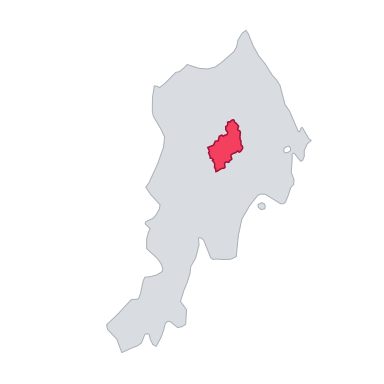 location of Hrazdan, Kotayk, Armenia, rotated 68°
{"feature_id": "60910142B58018566981737", "entity_name": "Hrazdan", "entity_type": "district", "adm_level": 2, "iso_a3": "ARM", "parent_name": "Armenia", "parent_adm1": "Kotayk", "projection": "orthographic", "projection_center": [44.645, 40.538], "detail": "fine", "context": "in_parent", "style": "filled", "palette": "rose", "viewbox_px": 384, "rotation_deg": 68, "n_neighbors": 0, "source": "geoboundaries", "source_scale": "gbopen_adm2", "svg_char_len": 3244}
<svg xmlns="http://www.w3.org/2000/svg" viewBox="0 0 384 384"><g transform="rotate(68 192 192)"><path d="M170.2,233.1L167.4,228.5L153.0,213.3L139.8,201.6L130.7,196.8L121.5,197.3L107.3,199.5L102.1,198.5L89.7,193.3L79.5,187.2L80.9,184.7L83.1,182.9L80.6,175.0L75.0,162.3L75.7,158.4L73.9,152.9L72.0,148.7L80.1,139.0L83.9,131.1L84.8,123.4L82.7,115.3L77.6,100.7L74.4,96.5L68.4,92.5L63.5,86.0L62.3,81.4L66.5,80.5L78.9,80.6L91.0,79.1L100.4,76.2L114.0,73.8L119.7,71.6L126.2,70.5L146.1,73.0L153.5,71.2L175.9,70.8L176.5,69.9L173.5,66.8L173.5,65.6L186.8,63.6L188.8,62.2L190.6,67.1L195.6,72.4L201.1,74.6L204.1,77.6L204.2,79.8L194.6,82.6L193.9,84.0L194.6,85.3L197.4,86.0L211.1,92.7L218.8,92.8L222.9,94.8L225.0,98.9L231.5,104.3L236.8,109.6L237.1,111.5L236.2,114.2L221.7,124.8L219.9,128.5L219.7,132.3L226.2,143.6L235.8,155.9L249.5,165.2L268.5,175.2L268.8,181.6L265.9,189.2L263.4,194.3L262.3,197.8L260.0,199.3L241.2,199.2L238.4,200.5L237.2,202.0L237.1,203.2L243.9,205.4L254.6,213.4L260.7,221.1L267.1,224.5L274.3,230.6L280.1,236.3L289.2,243.7L299.0,241.1L312.4,247.5L313.1,252.0L312.3,256.1L304.0,260.7L303.0,262.6L303.1,264.1L304.2,266.3L309.2,269.8L315.1,275.1L321.7,283.0L318.9,285.4L312.8,285.9L308.1,285.0L306.4,286.7L306.6,289.3L312.9,295.3L314.2,299.7L314.1,307.5L314.6,317.2L300.1,316.9L287.8,321.8L283.1,320.9L279.9,312.7L277.2,306.0L269.1,288.8L271.1,281.7L266.7,277.7L256.0,270.5L253.3,267.5L254.7,263.3L255.7,255.7L254.6,249.5L251.8,247.7L246.5,247.6L240.2,249.2L227.5,255.3L218.5,251.6L213.4,247.8L210.4,244.6L203.8,247.3L202.2,246.0L201.8,238.0L199.7,233.8L195.7,228.8L192.0,226.4L178.4,231.4L170.2,233.1ZM190.8,90.6L191.2,87.7L190.5,85.1L188.4,84.3L185.7,85.0L185.5,87.9L186.3,90.6L189.0,91.8L190.8,90.6ZM234.2,134.5L231.1,136.3L228.2,135.5L228.1,131.1L230.2,129.3L232.6,129.4L234.9,130.9L234.2,134.5Z" fill="#d9dde1" stroke="#a8b0b8" stroke-width="1"/><path d="M140.6,126.4L140.4,127.2L140.3,128.1L140.6,129.2L141.3,130.5L140.8,131.2L140.7,131.7L140.6,132.1L140.7,132.7L140.7,132.9L141.2,132.9L142.3,133.4L143.4,134.2L143.8,134.7L143.9,135.4L143.9,136.2L146.6,137.2L147.5,137.2L148.3,137.1L149.1,136.7L149.6,136.6L150.0,136.5L151.3,137.4L152.0,138.3L151.8,139.2L151.7,139.8L151.7,140.8L152.0,142.1L151.3,142.6L150.6,142.9L150.3,143.3L150.6,145.4L150.6,145.5L150.5,145.8L154.4,148.6L153.6,151.4L156.6,154.4L156.6,160.7L160.6,160.5L161.8,161.9L166.5,161.9L167.3,162.5L168.1,161.1L169.9,160.1L170.5,161.3L172.6,160.5L174.6,160.5L178.0,162.0L178.9,161.4L182.1,162.2L182.2,160.4L181.9,159.9L181.6,158.1L181.5,157.4L181.3,156.3L181.5,154.7L181.9,153.8L181.8,152.7L181.6,152.2L181.2,152.0L180.3,151.9L177.4,151.0L176.8,148.8L178.1,147.4L178.2,146.6L177.3,145.6L176.4,142.7L172.6,142.3L172.2,142.0L172.0,141.4L171.7,139.2L171.9,137.0L171.8,136.3L171.3,135.4L171.0,134.1L172.1,133.8L172.7,133.4L172.8,132.9L172.3,131.2L170.5,128.7L169.1,128.2L168.3,128.2L167.8,128.3L167.2,128.6L166.4,128.8L162.8,127.5L162.2,127.5L161.5,127.7L161.0,127.7L159.8,127.1L159.3,126.9L158.7,126.9L158.2,126.8L157.6,126.1L156.8,126.0L155.6,125.1L154.6,124.8L153.2,124.8L151.9,126.0L151.3,126.3L150.9,126.2L150.5,125.7L149.7,125.3L148.9,124.3L148.2,124.2L144.7,125.3L143.3,126.2L142.7,126.4L141.5,126.1L140.6,126.4Z" fill="#f43f5e" stroke="#9f1239" stroke-width="1.5"/></g></svg>